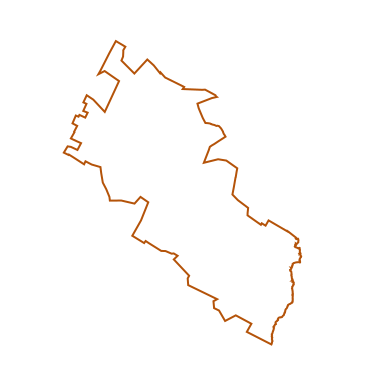 Tenabo, Campeche, Mexico (Mercator projection), rotated 205°
{"feature_id": "50627088B50873486185333", "entity_name": "Tenabo", "entity_type": "district", "adm_level": 2, "iso_a3": "MEX", "parent_name": "Mexico", "parent_adm1": "Campeche", "projection": "mercator", "projection_center": [-90.397, 19.964], "detail": "fine", "context": "isolated", "style": "outline", "palette": "amber", "viewbox_px": 384, "rotation_deg": 205, "n_neighbors": 0, "source": "geoboundaries", "source_scale": "gbopen_adm2", "svg_char_len": 5340}
<svg xmlns="http://www.w3.org/2000/svg" viewBox="0 0 384 384"><g transform="rotate(205 192 192)"><path d="M55.6,87.4L55.6,87.7L55.9,88.0L55.7,88.9L55.7,89.0L56.0,89.4L56.0,89.8L56.1,90.0L56.2,90.6L56.1,90.9L56.3,91.0L56.4,91.3L57.1,91.8L57.1,92.3L57.2,92.5L57.3,92.5L57.7,93.1L57.9,93.8L57.8,94.0L58.0,94.2L58.1,94.4L58.3,94.4L58.4,94.7L58.7,94.8L58.8,95.1L58.9,95.5L58.9,95.9L59.1,96.0L59.2,96.3L59.2,96.6L59.3,96.8L59.5,96.9L59.4,97.1L59.5,97.6L59.4,98.3L59.5,98.6L59.7,99.0L59.7,99.9L59.7,100.1L59.8,100.3L59.9,101.0L59.8,101.3L59.8,101.6L60.3,103.0L60.2,103.5L60.3,103.6L60.8,103.7L61.0,103.9L61.0,104.1L61.2,104.3L61.1,104.7L61.0,105.2L60.7,105.5L60.8,106.1L60.8,107.0L60.2,107.6L60.1,107.8L61.1,108.9L61.2,109.5L60.9,110.3L60.5,110.8L60.5,111.1L60.3,111.3L60.3,111.5L60.3,111.8L59.9,112.2L59.9,112.5L60.3,112.7L60.5,113.0L60.4,114.1L60.3,114.6L59.8,115.2L59.1,115.7L58.6,115.8L58.5,116.1L57.7,116.6L57.5,116.9L57.4,117.9L57.2,118.5L56.8,119.0L56.8,119.7L57.0,120.1L56.9,120.8L57.0,121.0L57.1,121.4L56.9,121.6L57.1,122.2L56.9,122.4L57.2,123.6L57.2,123.8L57.4,124.0L57.5,124.4L57.5,124.5L57.5,125.1L57.4,125.7L57.1,126.3L57.0,126.8L57.0,127.2L57.0,128.3L57.2,128.6L57.1,128.8L57.2,129.0L57.1,129.4L57.0,129.6L57.2,130.3L56.8,130.8L56.6,131.2L56.1,131.9L55.6,132.2L55.5,132.4L55.2,133.1L54.9,133.9L54.4,134.1L54.4,135.1L54.8,135.4L54.9,135.7L54.8,136.0L55.0,136.7L55.3,137.0L55.4,137.5L55.7,137.8L55.7,138.1L56.1,138.6L56.3,139.3L56.6,139.8L56.6,140.1L57.0,140.6L57.0,141.0L57.3,141.2L57.5,141.1L57.7,141.5L57.8,141.9L57.7,142.1L57.5,142.3L57.8,142.8L58.2,143.4L58.5,143.7L58.6,144.2L58.7,144.3L58.9,144.5L59.0,144.9L59.3,145.1L59.8,145.9L59.9,146.2L60.2,146.4L60.3,146.7L60.6,146.8L60.8,147.7L60.9,148.1L60.9,148.5L61.1,148.6L60.9,149.6L61.0,150.1L60.9,150.3L61.0,150.5L61.0,151.0L60.8,151.2L60.9,151.3L61.2,151.4L61.3,151.9L61.2,152.4L61.3,152.7L61.5,152.9L61.9,153.2L62.3,153.0L62.6,153.0L62.4,153.4L62.7,153.6L62.8,153.9L63.1,153.9L63.4,154.1L63.5,154.3L63.7,154.2L63.6,154.4L63.5,154.5L63.6,154.8L63.8,155.1L63.9,155.3L64.4,155.6L64.7,155.5L64.8,155.7L64.8,155.8L65.2,156.3L65.3,156.4L65.4,156.5L65.6,157.1L65.7,157.3L65.8,157.5L66.5,158.0L66.7,158.3L66.6,159.0L66.8,159.2L67.1,159.3L67.2,159.7L67.2,159.9L67.5,160.4L67.6,160.6L68.4,161.8L68.6,162.0L69.2,162.0L69.5,162.2L69.8,162.2L70.1,162.7L69.9,162.8L69.8,163.1L69.8,163.5L69.7,163.8L69.8,164.2L69.6,164.6L69.7,165.0L70.1,165.2L69.7,165.3L69.7,165.6L69.7,166.0L69.6,166.4L69.6,166.5L69.8,166.6L69.9,166.9L70.0,167.0L70.1,167.5L69.9,167.9L69.9,168.5L70.1,168.7L70.1,168.9L70.3,169.0L70.4,169.3L70.2,169.6L70.1,169.9L69.9,170.5L69.3,170.9L68.7,171.6L67.6,172.4L67.3,172.6L65.5,173.6L65.1,173.7L64.7,173.8L64.6,173.7L64.4,173.7L64.3,173.9L64.4,174.2L64.6,174.4L64.7,174.7L64.9,175.0L65.3,175.6L65.5,175.8L65.8,175.7L66.0,176.3L66.1,176.6L66.0,177.1L65.9,177.3L66.0,177.6L66.0,178.4L65.7,179.0L65.9,179.5L65.9,179.9L66.1,180.0L66.4,179.8L66.6,180.0L67.0,180.8L67.3,181.1L67.8,181.3L68.1,181.1L68.1,181.4L68.2,181.5L68.5,181.6L68.4,181.7L68.1,181.6L67.8,181.6L67.7,181.8L67.7,182.2L67.9,182.3L68.3,182.7L68.7,182.9L69.0,183.1L69.2,184.0L69.5,184.4L69.6,185.0L70.0,185.3L70.1,185.6L70.1,185.8L70.5,186.2L70.8,186.4L70.9,186.8L71.0,186.8L71.4,186.5L71.6,186.1L71.3,186.1L71.2,185.9L71.4,185.8L71.9,185.9L72.3,185.8L72.7,185.9L74.4,185.8L74.7,185.9L75.0,185.7L75.2,185.8L75.3,185.8L75.8,186.0L75.8,186.6L75.9,186.9L75.7,186.9L75.7,187.0L75.4,187.2L75.3,187.6L75.7,187.9L75.9,188.0L76.0,188.1L75.7,188.3L75.7,188.5L75.7,188.8L75.9,189.1L75.4,189.0L75.2,189.2L75.1,189.3L74.9,189.6L74.9,190.0L74.4,191.3L74.5,191.6L74.7,192.0L75.0,192.4L75.0,193.0L75.9,194.3L76.3,194.5L76.7,194.3L77.2,193.6L77.5,193.4L78.2,193.6L78.4,193.7L78.4,193.9L78.3,194.1L78.5,194.6L87.6,196.7L88.8,196.9L88.7,196.6L110.6,198.6L111.1,192.6L115.6,193.1L115.7,191.4L131.8,194.3L132.7,196.4L134.4,201.3L147.0,204.0L154.3,206.8L156.1,214.0L158.7,223.6L158.6,223.8L160.0,228.7L161.0,232.6L170.4,234.3L174.2,235.0L182.2,232.7L193.6,223.5L194.5,237.0L194.9,240.5L193.7,242.6L192.1,244.9L189.1,249.8L185.0,256.3L186.8,257.6L187.5,257.9L189.0,259.2L189.4,259.8L192.5,261.9L195.4,263.1L197.0,262.8L197.8,262.2L200.0,262.2L202.3,261.7L203.2,261.8L203.5,261.6L204.6,261.7L206.7,261.1L209.0,260.2L213.6,263.7L221.3,270.7L224.4,274.4L213.7,285.5L209.7,288.6L210.6,288.8L211.6,289.6L223.4,290.3L226.0,288.9L243.9,281.4L243.5,283.9L264.7,284.4L271.1,287.1L271.1,286.1L280.2,290.6L288.5,293.2L294.3,275.0L311.5,281.3L311.7,285.6L313.5,290.0L314.2,291.4L313.8,295.5L324.8,296.6L325.6,283.0L326.3,262.9L326.6,259.2L322.3,264.7L305.0,261.7L304.9,227.7L320.5,234.0L328.3,235.2L328.3,227.3L324.9,227.3L324.8,219.5L320.1,219.8L320.2,214.3L326.6,214.3L326.7,212.3L329.6,212.2L329.3,203.7L324.0,203.4L324.3,196.7L323.8,196.5L324.4,189.3L317.4,189.3L313.2,189.4L313.6,181.7L320.9,181.7L324.0,180.8L324.8,173.5L319.5,173.4L319.4,173.9L315.2,173.4L301.5,171.5L301.5,174.8L294.5,174.5L285.5,175.9L282.3,170.8L276.8,162.8L270.9,158.3L264.8,152.7L262.8,149.5L252.4,154.4L239.2,157.2L236.6,165.8L227.3,164.2L226.2,144.7L227.6,127.1L213.8,125.5L213.3,128.0L209.4,127.4L195.0,125.6L191.0,127.3L184.4,127.5L182.6,128.6L178.1,128.1L180.0,123.2L159.2,114.9L159.4,111.9L156.1,106.0L136.1,105.7L123.9,105.5L126.4,102.1L122.9,96.1L117.4,96.0L107.5,89.1L100.2,98.7L82.5,97.7L83.2,88.4L55.6,87.4Z" fill="none" stroke="#b45309" stroke-width="2"/></g></svg>